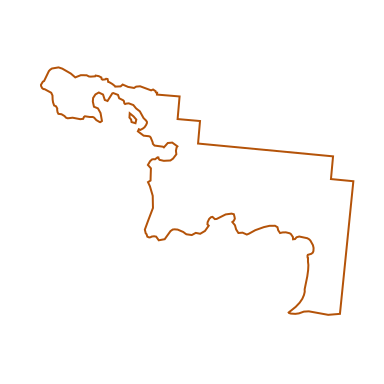 outline of Chippewa, Michigan, United States of America, rotated 185°
{"feature_id": "52423323B85773519026200", "entity_name": "Chippewa", "entity_type": "district", "adm_level": 2, "iso_a3": "USA", "parent_name": "United States of America", "parent_adm1": "Michigan", "projection": "albers", "projection_center": [-84.214, 46.343], "detail": "fine", "context": "isolated", "style": "outline", "palette": "amber", "viewbox_px": 384, "rotation_deg": 185, "n_neighbors": 0, "source": "geoboundaries", "source_scale": "gbopen_adm2", "svg_char_len": 3111}
<svg xmlns="http://www.w3.org/2000/svg" viewBox="0 0 384 384"><g transform="rotate(185 192 192)"><path d="M235.4,287.8L235.9,287.7L236.7,288.1L237.0,289.2L239.7,290.7L241.6,289.7L252.9,292.8L256.8,292.1L258.8,290.6L264.8,291.1L270.4,293.0L272.3,291.0L277.7,290.3L278.0,290.8L280.7,292.6L284.0,294.2L285.0,294.3L286.0,297.2L287.5,297.3L288.3,296.6L291.0,296.1L291.9,296.7L292.3,298.2L295.0,299.3L298.2,299.6L298.6,298.8L302.9,298.1L304.7,298.1L307.1,299.1L312.9,298.7L318.3,296.0L323.0,299.4L332.0,303.6L335.8,304.5L342.3,302.8L343.9,301.5L345.1,300.0L349.0,289.7L350.2,288.9L351.8,285.6L351.6,284.5L350.4,282.5L349.0,281.6L347.8,281.6L340.9,278.6L339.4,276.0L338.9,271.9L338.2,269.1L336.9,266.2L334.9,265.5L333.5,263.4L333.5,262.1L332.9,259.8L331.9,258.2L328.8,258.1L325.7,256.6L323.9,255.0L322.2,254.6L317.4,255.6L309.7,254.8L306.8,255.4L306.2,257.3L305.3,258.1L300.3,257.8L297.4,258.1L295.9,257.5L293.6,255.3L290.0,253.6L289.4,253.6L287.9,254.9L290.0,262.7L293.0,267.1L297.1,268.4L298.7,273.5L298.7,277.1L296.7,280.8L293.5,283.0L289.1,281.3L286.9,276.1L284.1,275.3L280.0,283.3L279.1,283.7L274.2,282.3L272.7,279.0L268.6,277.4L267.8,276.7L267.1,274.4L266.3,273.8L264.9,274.4L262.7,274.8L258.0,273.5L255.0,270.4L251.0,267.8L246.7,261.4L244.0,259.2L243.0,257.9L242.9,256.8L243.5,254.9L244.9,252.4L246.6,250.8L249.0,249.3L250.4,249.9L251.2,247.7L245.1,243.9L239.8,243.8L238.7,243.5L237.9,242.7L235.5,238.0L235.2,236.6L233.4,235.0L224.9,234.6L223.9,234.0L220.4,238.7L216.0,239.5L210.5,236.2L211.2,235.1L211.6,231.8L210.9,228.2L213.8,223.6L216.3,221.5L222.9,220.6L227.1,221.2L228.4,222.6L228.4,223.0L228.5,223.3L228.5,223.5L229.0,223.6L229.3,223.5L229.6,223.3L231.6,221.4L233.3,221.3L234.6,221.0L236.4,219.1L238.3,215.1L235.0,212.0L234.3,199.8L236.7,198.0L234.4,194.0L230.8,184.8L229.5,172.7L233.3,159.3L235.7,150.4L234.5,146.8L233.6,146.0L232.6,143.6L230.7,143.0L229.4,143.3L228.2,144.1L225.9,144.6L223.8,144.4L220.9,141.0L215.1,142.6L210.0,151.2L208.2,152.7L208.0,152.9L206.1,153.3L203.0,153.3L197.2,151.4L195.0,150.0L193.9,149.4L188.5,149.1L188.3,149.2L184.7,151.6L180.2,151.1L175.7,154.3L172.4,159.9L173.8,161.1L173.8,163.4L172.5,166.8L170.8,168.6L169.4,169.0L166.9,167.0L165.1,167.3L156.5,172.6L150.7,173.9L148.4,173.5L147.5,171.0L147.0,169.1L147.9,166.9L149.2,165.6L146.3,162.6L144.8,158.6L142.2,155.2L138.1,155.9L133.7,154.4L131.7,155.4L125.6,159.5L117.3,163.3L111.7,165.1L106.4,165.6L103.8,164.4L102.8,161.4L100.7,158.8L98.3,159.6L95.0,160.0L91.1,159.4L89.8,158.7L87.6,156.0L87.2,153.7L85.3,154.1L83.9,156.0L81.3,157.0L73.1,156.0L71.2,155.1L69.8,153.9L66.9,149.6L66.0,146.8L65.9,143.7L66.4,142.1L67.8,140.8L71.1,139.5L71.4,138.6L71.1,136.7L70.7,136.5L70.4,132.7L69.7,129.4L69.5,124.3L69.8,118.0L71.3,104.9L71.0,102.4L71.5,99.1L72.8,95.2L75.1,91.1L78.7,86.6L85.2,80.4L84.8,79.9L82.9,79.5L78.5,79.6L74.9,80.4L70.1,82.6L65.2,83.3L45.6,81.5L34.0,83.5L32.2,216.8L54.7,217.0L54.6,239.8L190.2,240.8L190.2,263.4L212.7,263.4L212.7,286.1L235.4,286.0L235.4,287.8ZM254.3,255.6L253.8,259.3L256.8,262.2L260.9,265.0L260.8,260.7L259.0,258.9L258.3,256.4L254.3,255.6Z" fill="none" stroke="#b45309" stroke-width="2"/></g></svg>